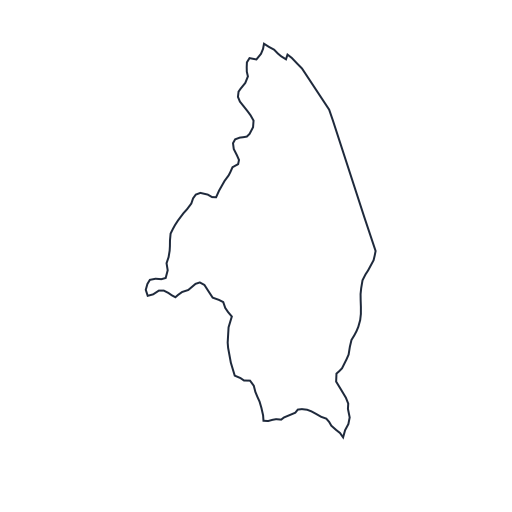 Central do Maranhão, Maranhão, Brazil (Equal Earth projection), rotated 162°
{"feature_id": "56859067B32217682416213", "entity_name": "Central do Maranhão", "entity_type": "district", "adm_level": 2, "iso_a3": "BRA", "parent_name": "Brazil", "parent_adm1": "Maranhão", "projection": "equal_earth", "projection_center": [-44.838, -2.255], "detail": "fine", "context": "isolated", "style": "outline", "palette": "slate", "viewbox_px": 512, "rotation_deg": 162, "n_neighbors": 0, "source": "geoboundaries", "source_scale": "gbopen_adm2", "svg_char_len": 2037}
<svg xmlns="http://www.w3.org/2000/svg" viewBox="0 0 512 512"><g transform="rotate(162 256 256)"><path d="M343.3,276.8L344.4,269.7L348.7,263.0L353.2,263.2L358.5,265.4L364.3,266.1L367.9,263.0L371.3,257.9L371.3,251.6L365.7,251.3L359.1,253.1L354.4,251.6L350.8,248.0L348.2,244.6L345.4,241.7L342.1,243.1L337.4,244.6L330.9,244.6L322.1,248.2L317.6,248.2L314.0,244.4L312.4,238.3L310.1,229.8L304.8,225.7L301.4,222.3L301.3,216.1L299.9,211.3L297.7,205.9L304.1,196.7L309.7,182.4L310.9,177.3L312.9,162.3L313.2,148.8L308.5,144.7L305.9,141.3L300.2,139.3L298.2,133.3L298.6,127.0L298.2,121.7L297.6,116.4L297.8,109.8L298.5,102.2L299.8,97.0L295.5,95.3L291.0,95.1L287.3,94.6L282.6,92.6L279.3,93.8L267.1,94.8L263.7,97.0L259.7,96.2L254.9,94.0L251.3,91.1L247.6,87.2L243.7,82.9L239.4,79.6L237.7,75.6L236.8,71.3L233.5,65.7L230.8,61.7L229.2,56.6L225.1,62.8L220.1,67.6L216.8,73.5L215.8,82.2L213.9,87.1L214.3,93.4L216.5,103.0L218.6,111.8L215.8,119.3L212.5,120.7L208.9,122.6L201.7,129.9L198.4,133.6L194.7,140.8L191.1,146.7L187.0,150.2L183.7,153.4L180.6,157.0L176.7,162.9L174.2,168.4L172.0,175.1L170.1,181.7L168.3,187.5L165.9,192.9L162.2,200.0L157.5,204.7L153.9,207.6L145.5,215.6L143.0,219.7L140.7,223.8L141.0,260.1L141.0,267.1L141.0,281.1L141.0,348.7L141.0,361.0L141.2,372.6L154.3,420.1L157.2,425.9L160.8,433.4L163.8,437.8L166.7,433.8L170.4,438.2L172.7,441.9L175.0,446.6L179.1,450.9L182.8,455.4L185.3,450.8L188.8,446.7L194.9,442.8L201.0,446.2L204.8,443.0L206.5,438.4L207.8,434.1L208.2,429.3L212.7,423.9L218.9,419.9L221.8,417.7L224.0,412.9L223.6,407.8L221.0,400.9L219.4,396.6L217.7,391.5L216.5,385.5L219.0,379.4L224.4,374.1L227.8,372.4L231.3,372.9L234.8,373.6L239.8,373.4L243.0,370.4L244.1,364.6L243.0,357.6L242.5,352.6L244.6,348.9L250.9,347.7L254.4,343.8L257.0,341.2L262.6,337.2L270.9,329.6L275.8,324.2L279.6,325.6L282.9,329.3L289.4,333.2L294.3,333.0L298.0,330.3L301.3,325.9L307.1,321.8L311.8,319.1L319.2,313.9L323.4,310.5L326.7,307.4L330.3,303.7L333.0,297.4L334.9,291.8L336.5,287.7L339.5,281.9L343.3,276.8Z" fill="none" stroke="#1e293b" stroke-width="2"/></g></svg>